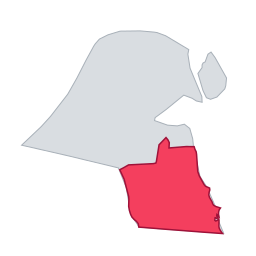 Al Ahmadi highlighted on a map of Kuwait, rotated 5°
{"feature_id": "KWT-1665", "entity_name": "Al Ahmadi", "entity_type": "Province", "adm_level": 1, "iso_a3": "KWT", "parent_name": "Kuwait", "parent_adm1": "", "projection": "orthographic", "projection_center": [48.089, 28.9], "detail": "fine", "context": "in_parent", "style": "filled", "palette": "rose", "viewbox_px": 256, "rotation_deg": 5, "n_neighbors": 0, "source": "natural_earth", "source_scale": "10m", "svg_char_len": 1851}
<svg xmlns="http://www.w3.org/2000/svg" viewBox="0 0 256 256"><g transform="rotate(5 128 128)"><path d="M232.5,224.6L213.4,225.0L189.4,225.3L169.8,225.6L147.8,225.8L138.1,213.9L134.9,200.9L131.5,187.6L121.9,168.6L89.8,163.8L72.7,161.2L44.6,157.3L23.5,154.4L41.5,134.1L49.8,123.2L65.0,99.6L72.7,82.8L80.3,64.1L86.7,49.5L88.1,46.9L91.8,41.9L100.0,36.9L111.7,32.2L131.6,30.2L145.5,30.2L148.6,30.4L157.4,32.8L181.7,44.6L181.2,49.2L184.6,63.0L192.4,78.0L198.8,90.2L199.6,95.9L193.7,95.1L189.3,92.8L180.7,90.4L164.1,106.5L154.1,115.3L153.8,118.3L167.1,121.7L176.9,121.6L183.8,119.3L189.6,123.1L193.4,133.1L194.9,141.1L204.0,170.1L211.6,179.8L221.1,197.1L224.6,206.0L226.7,213.5L232.5,224.6ZM213.9,89.4L207.7,92.2L203.5,91.0L199.5,84.3L192.9,67.6L196.5,61.4L196.3,58.7L197.1,56.7L199.1,55.4L201.2,47.5L204.1,45.1L208.7,50.4L221.8,69.6L221.7,77.4L221.0,80.6L213.9,89.4Z" fill="#d9dde1" stroke="#a8b0b8" stroke-width="1"/><path d="M147.4,225.8L146.5,222.4L144.5,220.3L142.0,218.5L139.6,216.3L138.0,213.5L136.5,209.8L135.5,206.0L135.1,199.2L134.6,196.1L128.6,179.3L123.4,170.3L126.4,168.4L131.8,164.7L156.3,161.3L158.8,160.5L159.2,158.8L160.4,142.0L166.7,134.2L168.8,136.3L170.4,139.0L170.6,144.3L187.7,141.4L194.6,140.9L195.5,140.8L196.5,143.3L198.0,145.8L198.6,148.3L201.3,165.3L203.2,169.5L208.7,177.7L210.3,179.3L214.5,180.7L214.9,182.6L214.4,185.0L214.3,187.6L215.2,190.0L218.2,194.3L218.8,195.8L220.0,197.5L222.5,198.6L227.1,199.6L226.0,201.5L225.6,203.7L225.7,206.0L226.3,208.1L224.7,206.9L224.1,206.4L224.0,207.4L224.1,208.0L224.6,208.5L225.6,209.0L224.8,210.1L224.3,210.4L223.8,210.2L223.4,209.8L222.6,209.8L222.5,212.4L223.5,213.0L225.0,212.3L226.4,210.7L226.7,212.0L227.1,218.0L227.5,219.6L228.4,221.2L230.1,223.5L231.4,224.9L211.9,225.2L192.4,225.4L172.9,225.6L153.3,225.7L147.4,225.8Z" fill="#f43f5e" stroke="#9f1239" stroke-width="1.5"/></g></svg>